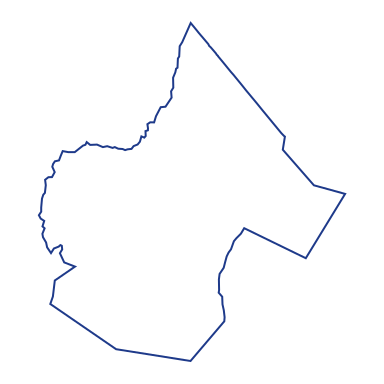 Takhtakupir, Karakalpakstan, Uzbekistan
{"feature_id": "79887680B8081809775743", "entity_name": "Takhtakupir", "entity_type": "district", "adm_level": 2, "iso_a3": "UZB", "parent_name": "Uzbekistan", "parent_adm1": "Karakalpakstan", "projection": "orthographic", "projection_center": [60.944, 43.185], "detail": "fine", "context": "isolated", "style": "outline", "palette": "blue", "viewbox_px": 384, "rotation_deg": 0, "n_neighbors": 0, "source": "geoboundaries", "source_scale": "gbopen_adm2", "svg_char_len": 1579}
<svg xmlns="http://www.w3.org/2000/svg" viewBox="0 0 384 384"><path d="M116.1,349.2L190.5,361.0L224.3,321.3L224.6,317.2L223.8,310.3L222.5,304.4L222.2,296.7L218.7,292.7L219.1,290.1L218.9,279.4L219.6,273.9L223.7,267.8L225.2,261.9L226.7,256.4L228.6,252.5L231.0,249.3L233.9,241.2L236.3,238.3L240.9,233.7L244.2,228.2L305.8,258.2L345.1,193.9L313.9,185.3L282.8,149.7L284.9,136.6L284.3,136.2L283.0,134.9L281.2,133.0L262.5,110.3L257.0,103.5L246.0,90.3L242.2,85.5L235.0,76.7L233.8,75.2L230.8,71.8L222.9,62.1L218.0,56.2L217.9,55.8L216.6,54.6L216.1,53.6L210.9,47.5L209.1,45.8L209.1,45.7L208.3,44.1L198.6,32.7L196.7,30.3L190.7,23.0L182.2,42.2L179.7,46.2L179.2,56.5L177.9,58.5L177.5,67.7L176.1,68.7L175.3,72.4L173.1,77.7L173.3,87.7L171.1,91.3L171.6,97.6L165.5,106.7L160.7,107.2L156.0,116.2L154.1,122.4L150.2,122.3L147.4,124.2L148.0,128.3L147.9,130.3L145.5,131.1L145.7,136.0L144.3,137.6L141.4,136.4L139.9,141.7L137.6,144.5L133.6,146.1L131.5,148.9L127.7,149.3L125.1,150.1L122.6,149.0L118.2,148.7L114.8,147.1L112.6,147.9L107.2,146.2L102.9,147.1L97.0,144.6L90.2,144.9L86.7,142.1L85.4,144.8L83.0,145.6L74.8,152.1L68.1,152.1L62.7,151.1L60.9,155.4L59.0,160.4L54.9,161.3L53.1,164.0L52.3,166.8L54.7,172.1L52.0,177.1L48.4,177.2L45.1,179.8L45.8,185.2L44.9,192.9L43.3,194.7L42.0,198.6L41.2,207.5L41.2,211.7L38.9,215.2L40.7,218.6L44.2,220.9L42.5,226.4L44.6,228.3L42.4,233.8L43.0,237.2L46.1,242.5L47.1,247.3L51.0,253.1L53.9,248.5L58.7,246.6L60.3,245.1L61.8,245.8L62.2,249.4L59.9,253.2L64.2,262.4L75.0,266.6L54.8,280.5L52.9,296.5L50.3,304.0L116.1,349.2Z" fill="none" stroke="#1e3a8a" stroke-width="2"/></svg>